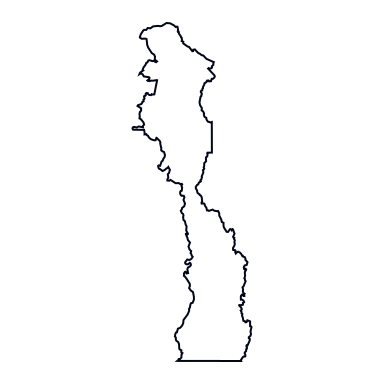 outline of Anapu, Pará, Brazil
{"feature_id": "56859067B83873357566696", "entity_name": "Anapu", "entity_type": "district", "adm_level": 2, "iso_a3": "BRA", "parent_name": "Brazil", "parent_adm1": "Pará", "projection": "robinson", "projection_center": [-51.328, -3.947], "detail": "fine", "context": "isolated", "style": "outline", "palette": "ink", "viewbox_px": 384, "rotation_deg": 0, "n_neighbors": 0, "source": "geoboundaries", "source_scale": "gbopen_adm2", "svg_char_len": 5976}
<svg xmlns="http://www.w3.org/2000/svg" viewBox="0 0 384 384"><path d="M214.4,75.3L208.1,68.6L208.7,68.1L209.4,68.7L211.5,68.2L212.0,67.4L211.9,66.2L213.3,64.9L213.4,62.7L213.8,62.1L206.5,58.9L203.2,55.4L201.7,55.2L199.5,53.5L198.4,53.2L194.8,49.4L193.3,49.7L193.1,51.1L192.3,51.2L189.1,47.0L187.6,46.5L183.2,43.4L183.3,41.7L181.7,41.1L182.0,39.9L181.7,37.9L181.0,37.3L181.1,36.7L179.1,33.9L178.7,31.8L178.0,32.0L177.8,31.6L178.0,29.5L177.5,26.8L176.9,26.6L175.7,27.0L174.0,25.4L170.1,23.3L166.5,23.0L161.7,26.0L160.2,26.2L158.0,25.9L153.8,26.3L152.7,26.6L150.5,28.3L147.7,28.0L146.3,29.9L144.1,29.9L143.3,30.4L140.8,34.3L139.8,37.3L140.0,37.7L141.8,38.8L145.2,38.6L146.6,39.1L147.2,44.9L148.2,47.6L151.7,53.0L154.2,54.7L155.0,56.7L154.8,59.1L155.8,60.5L157.0,61.4L156.1,62.2L154.9,61.7L154.1,60.5L153.6,61.0L152.3,61.1L149.6,60.2L148.4,60.5L147.3,62.5L146.4,62.7L145.5,64.8L143.5,67.5L142.7,69.6L142.6,70.2L143.1,70.5L140.1,72.6L139.5,74.1L140.4,73.5L141.4,73.7L142.5,74.2L143.8,76.4L149.2,77.3L149.5,77.7L149.3,78.8L147.4,80.5L148.0,81.0L149.6,80.8L149.9,81.1L150.8,80.7L153.3,80.7L156.6,80.1L157.1,80.2L157.0,80.8L154.3,94.4L152.4,94.6L151.7,94.2L151.1,95.1L149.4,95.0L147.7,93.8L147.4,93.5L147.6,93.2L146.9,92.9L146.2,93.2L145.6,93.8L145.8,95.2L145.3,95.8L144.3,96.0L144.0,96.8L144.5,98.6L143.9,99.6L143.4,99.8L143.6,101.3L142.3,102.0L142.3,102.6L141.3,104.1L138.1,105.1L137.5,106.0L141.1,108.3L141.1,110.5L140.6,111.5L140.0,111.8L139.5,113.8L139.8,117.1L139.4,118.1L139.5,118.5L140.7,119.0L143.5,122.4L144.1,124.6L142.8,126.1L143.0,127.3L139.0,126.5L138.4,126.5L137.0,127.5L134.1,126.9L132.8,127.4L132.5,128.6L133.1,129.7L144.1,129.9L144.6,132.7L144.5,134.4L146.3,134.1L146.7,135.1L148.0,135.7L148.9,137.4L150.7,139.1L153.8,140.2L155.2,140.3L155.7,140.1L156.3,138.0L156.6,137.8L159.7,140.9L160.4,142.4L160.2,143.5L161.3,148.3L161.2,150.3L162.2,151.2L164.0,152.0L165.0,155.1L164.6,157.0L163.4,158.7L162.7,160.7L161.6,161.5L160.1,165.8L158.8,165.4L158.1,165.9L158.5,167.9L159.2,168.8L160.4,169.3L162.5,171.0L164.7,170.0L166.4,168.5L167.9,167.7L168.3,167.0L169.9,169.8L169.0,173.0L167.8,174.2L168.3,177.7L167.3,179.5L167.4,180.5L169.3,180.7L170.5,179.9L175.6,183.2L178.8,183.1L180.3,184.1L181.8,183.8L182.2,184.4L181.4,185.9L182.1,187.3L181.8,190.4L181.6,190.9L180.7,191.0L180.2,191.9L180.1,193.4L180.7,194.9L181.4,195.7L183.8,195.8L184.4,197.3L183.5,199.9L185.0,203.6L184.2,206.3L182.1,207.9L181.8,209.4L180.8,210.8L181.8,213.0L183.0,213.9L183.5,215.4L183.1,216.9L183.5,220.0L184.9,221.2L185.7,224.7L186.6,226.3L186.2,230.5L188.0,233.9L187.4,234.5L186.6,233.7L185.9,233.8L185.9,234.3L187.4,237.8L187.9,240.0L190.0,242.5L188.5,246.6L189.6,249.6L191.2,251.1L190.6,253.1L191.3,254.0L191.7,255.6L192.7,256.7L192.2,257.8L190.9,259.2L189.4,260.0L187.3,259.5L185.3,262.0L185.1,262.9L185.6,263.8L186.8,264.4L188.1,264.2L189.8,262.8L190.6,263.5L190.9,264.9L190.2,266.2L187.9,267.6L187.6,268.3L187.4,269.7L188.1,273.1L186.5,273.5L186.0,272.1L185.5,271.7L184.8,272.0L184.0,273.4L183.9,275.9L184.9,276.5L186.9,279.2L189.8,283.9L189.9,286.0L189.1,288.0L190.8,290.5L193.0,292.1L193.9,296.8L193.9,299.7L192.6,302.8L191.0,303.2L190.5,304.2L189.9,307.5L189.0,309.0L189.2,310.7L187.6,314.5L183.5,320.0L183.2,323.3L182.1,325.6L180.3,327.7L177.9,328.7L176.9,332.3L176.0,332.5L175.3,334.1L174.9,336.5L175.8,337.5L175.9,339.9L176.4,340.7L178.2,342.1L179.0,344.0L179.3,348.6L179.6,349.4L181.4,350.3L181.3,352.2L181.6,352.8L182.4,353.1L181.5,354.8L181.4,357.5L180.2,358.9L178.7,359.1L178.5,359.9L177.3,360.9L241.2,361.0L240.9,360.1L242.4,357.7L243.5,356.5L245.1,356.5L245.4,356.1L245.3,354.7L244.6,353.2L244.9,352.3L246.1,351.1L246.2,349.2L246.9,348.7L246.9,346.9L246.5,346.7L246.4,345.9L246.8,345.1L247.7,345.1L249.7,340.5L249.8,338.9L248.8,338.2L248.8,337.2L250.4,335.9L251.0,334.2L250.5,331.5L251.5,327.1L250.9,326.3L250.1,326.2L250.1,321.4L247.4,320.3L246.9,321.7L245.8,322.4L245.4,322.3L245.3,321.4L243.4,320.8L242.7,317.2L242.0,315.8L242.4,314.1L241.5,313.4L241.6,312.1L240.7,310.5L241.7,309.6L241.7,308.7L241.1,307.6L239.1,305.4L239.3,305.0L240.9,305.2L242.9,304.7L242.9,303.0L244.1,302.2L243.5,300.6L241.8,299.5L240.9,299.6L240.8,297.1L241.0,295.8L242.1,294.6L243.5,296.0L244.3,296.0L244.2,294.1L244.5,293.8L243.8,293.4L242.8,291.6L243.1,289.5L242.5,287.3L243.5,286.4L245.6,281.1L244.9,279.9L244.9,278.9L244.4,278.4L245.1,275.8L244.8,272.0L246.2,269.7L245.6,268.7L245.0,268.8L244.6,269.4L244.1,269.0L243.8,267.3L244.6,265.5L246.7,264.9L247.5,262.2L245.4,259.8L245.5,259.0L244.9,257.3L242.7,256.4L242.7,255.7L242.1,255.6L241.2,253.9L239.8,252.5L238.2,251.7L237.1,252.1L235.8,253.5L235.2,252.2L235.5,250.8L235.2,250.2L233.2,250.0L233.0,248.1L234.6,245.1L234.8,243.8L234.4,242.2L234.8,240.2L234.0,238.9L234.3,237.8L233.3,237.4L233.1,236.8L234.5,233.7L232.9,229.3L232.5,229.1L231.7,230.2L231.3,229.5L230.2,229.0L227.9,232.0L226.6,231.8L223.9,227.4L223.5,225.4L223.5,222.8L221.8,222.0L221.2,219.3L219.3,215.7L219.2,213.1L218.1,211.0L217.1,211.2L214.2,210.7L212.6,209.6L208.9,210.9L207.9,210.3L207.0,210.4L206.4,207.8L204.9,205.6L204.6,204.1L203.8,203.4L201.7,203.6L201.5,202.4L202.2,201.5L201.7,197.2L200.9,195.7L199.7,195.0L199.7,194.5L197.5,192.9L196.9,190.2L195.8,188.4L195.8,186.8L197.2,184.8L198.2,184.4L198.9,182.6L200.8,181.4L200.4,180.3L201.2,179.7L202.0,177.1L201.7,176.4L203.2,172.9L203.3,170.9L202.9,170.2L204.2,168.8L203.7,167.3L204.2,166.1L204.2,163.2L206.1,161.2L205.9,158.4L206.1,157.2L207.2,156.5L207.6,153.9L207.2,153.2L207.5,152.7L211.9,152.6L211.8,122.0L210.3,122.5L209.3,121.9L208.3,121.9L207.6,121.3L206.4,119.3L206.3,117.8L204.8,117.0L204.2,116.1L203.8,114.0L204.1,113.4L203.1,111.4L201.6,110.4L201.9,108.2L200.0,105.0L199.5,102.3L200.5,96.9L201.2,96.3L201.2,95.4L201.6,95.0L201.8,93.4L200.9,92.3L200.8,91.3L201.2,90.7L202.2,90.5L202.4,88.9L203.0,88.2L202.9,87.2L204.3,84.5L204.4,83.3L206.1,82.3L206.9,80.9L207.3,81.2L208.1,80.4L208.9,80.7L209.2,81.4L211.0,81.2L211.7,78.9L212.8,78.9L214.3,77.6L214.8,76.4L214.4,75.3Z" fill="none" stroke="#020617" stroke-width="2"/></svg>